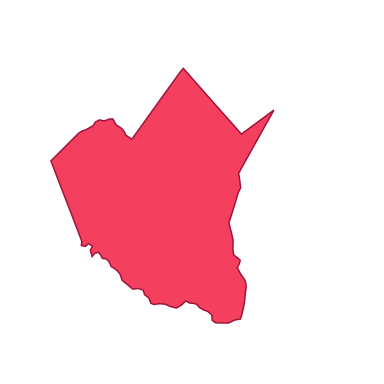 Paudalho, Pernambuco, Brazil (Natural Earth projection), rotated 44°
{"feature_id": "56859067B48734598444880", "entity_name": "Paudalho", "entity_type": "district", "adm_level": 2, "iso_a3": "BRA", "parent_name": "Brazil", "parent_adm1": "Pernambuco", "projection": "natural_earth1", "projection_center": [-35.132, -7.887], "detail": "fine", "context": "isolated", "style": "filled", "palette": "rose", "viewbox_px": 384, "rotation_deg": 44, "n_neighbors": 0, "source": "geoboundaries", "source_scale": "gbopen_adm2", "svg_char_len": 1330}
<svg xmlns="http://www.w3.org/2000/svg" viewBox="0 0 384 384"><g transform="rotate(44 192 192)"><path d="M194.0,76.2L187.3,116.0L148.5,113.0L99.9,109.1L100.0,112.7L102.3,128.6L105.0,147.7L105.8,152.8L107.0,161.0L111.1,189.1L112.1,195.8L104.9,197.1L101.7,195.7L97.1,195.2L90.6,196.4L84.3,194.4L81.8,197.0L79.6,201.8L75.4,204.4L73.9,208.6L74.7,213.1L72.6,220.4L70.5,224.6L69.6,228.6L68.9,267.6L95.4,280.0L122.0,292.3L147.0,304.0L149.6,307.4L153.2,305.1L153.3,301.0L158.0,300.2L159.5,304.7L165.0,307.8L164.6,304.0L166.5,300.3L169.9,300.8L173.6,302.0L177.1,299.6L181.5,300.0L185.7,301.8L189.5,300.8L193.1,300.6L197.1,301.0L203.3,304.1L208.5,303.6L216.9,303.0L220.5,298.6L225.0,296.5L229.3,298.8L234.5,298.2L239.7,300.6L242.7,299.4L246.1,295.0L250.5,291.4L255.8,289.5L261.4,286.3L263.0,280.5L263.2,274.8L267.3,273.6L270.5,271.0L273.8,269.4L277.0,270.0L281.8,269.0L286.2,267.0L291.7,266.7L295.8,270.4L300.0,269.6L309.1,261.1L311.8,254.2L315.1,249.8L313.1,245.7L310.8,241.9L308.1,237.5L305.2,233.3L302.5,230.0L300.4,227.4L297.1,222.8L294.3,220.4L291.1,218.6L283.7,217.1L277.1,214.9L276.1,211.4L274.3,207.7L270.7,207.7L265.8,208.3L263.0,206.3L260.4,204.0L255.1,198.1L246.4,192.5L240.1,188.7L233.4,175.2L225.6,160.1L224.1,155.2L217.4,149.8L212.6,146.2L210.4,138.3L194.0,76.2Z" fill="#f43f5e" stroke="#9f1239" stroke-width="1.5"/></g></svg>